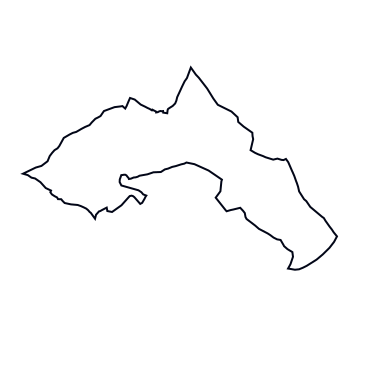 Funtua, Katsina, Nigeria, rotated 310°
{"feature_id": "59680162B95285688800937", "entity_name": "Funtua", "entity_type": "district", "adm_level": 2, "iso_a3": "NGA", "parent_name": "Nigeria", "parent_adm1": "Katsina", "projection": "mercator", "projection_center": [7.292, 11.431], "detail": "fine", "context": "isolated", "style": "outline", "palette": "ink", "viewbox_px": 384, "rotation_deg": 310, "n_neighbors": 0, "source": "geoboundaries", "source_scale": "gbopen_adm2", "svg_char_len": 2744}
<svg xmlns="http://www.w3.org/2000/svg" viewBox="0 0 384 384"><g transform="rotate(310 192 192)"><path d="M195.1,314.8L196.3,316.8L198.6,320.8L201.6,323.7L205.2,325.6L209.1,327.3L220.3,330.9L228.2,332.3L237.6,333.2L245.1,332.9L251.2,331.6L252.2,326.4L253.2,323.1L253.9,319.8L255.7,312.9L256.8,309.7L256.6,307.6L256.6,302.8L256.6,292.2L258.5,285.4L258.5,282.5L261.3,273.7L264.2,269.9L266.3,266.5L267.1,265.0L270.0,260.1L271.9,256.3L272.4,255.2L276.7,246.6L277.7,242.7L275.3,241.6L274.2,240.0L272.5,236.0L269.0,233.4L265.9,226.0L265.2,223.4L263.4,218.4L262.5,215.0L261.9,211.1L261.7,210.0L271.8,204.9L273.7,202.5L276.2,200.1L275.3,189.5L275.4,182.4L278.6,178.9L279.0,170.5L275.4,155.7L277.3,148.3L281.0,137.1L283.9,123.8L284.4,119.5L286.6,111.1L276.0,114.9L272.1,115.2L269.7,115.8L266.1,116.7L261.8,117.9L255.1,119.7L251.9,121.3L249.0,122.2L245.5,121.9L242.7,121.0L240.3,120.3L239.2,120.6L238.1,121.3L236.4,122.4L234.3,118.9L235.4,117.8L234.4,116.9L233.7,115.7L233.2,115.4L231.8,114.6L231.4,114.6L231.2,114.5L229.9,113.4L230.5,112.8L229.6,108.7L228.8,108.8L228.4,106.1L227.8,104.0L227.2,101.2L226.0,96.5L226.0,88.7L224.2,84.1L220.4,85.2L215.6,86.7L213.0,87.2L213.1,83.5L211.7,82.3L207.2,78.1L205.1,76.9L197.4,72.5L191.4,73.1L188.7,72.1L186.0,70.9L180.9,70.5L177.4,70.5L173.1,68.3L169.2,66.7L167.2,66.0L163.6,64.7L160.7,62.7L157.4,61.3L151.0,59.0L148.0,59.6L141.9,60.8L139.0,60.9L135.7,59.8L132.1,59.7L128.1,59.9L122.7,61.6L115.2,59.9L110.3,56.6L97.4,50.8L99.4,55.4L99.8,59.8L101.5,63.1L102.1,69.6L101.0,77.4L102.2,82.0L102.5,83.1L100.8,83.6L100.1,86.2L100.5,89.5L101.1,92.2L100.4,93.9L102.4,96.5L102.0,98.4L101.7,101.5L104.7,107.2L108.6,112.8L109.8,116.0L110.6,118.8L111.3,121.7L111.3,124.1L110.9,126.5L111.0,127.8L109.2,134.9L112.9,133.1L116.0,133.2L117.3,133.2L118.5,134.0L120.2,134.6L125.2,136.7L123.0,139.4L125.3,143.6L136.5,146.5L146.2,146.8L146.3,146.8L148.8,146.9L150.3,148.0L150.9,149.3L151.0,151.1L149.6,160.0L151.7,160.8L156.3,160.0L158.2,159.5L159.9,159.3L158.8,156.2L159.3,153.4L158.9,149.9L151.6,133.7L153.1,130.2L155.2,128.6L159.5,127.0L160.4,127.9L161.1,128.4L162.3,129.7L162.6,131.1L162.2,132.6L162.0,134.2L161.4,135.3L162.9,136.6L165.6,138.0L167.0,139.4L168.8,140.6L170.7,141.3L176.9,146.5L182.3,149.8L187.3,155.3L191.9,156.7L194.5,158.6L198.5,160.7L201.4,162.9L206.3,166.0L208.8,167.9L211.0,168.8L214.9,176.0L219.1,190.9L220.7,207.0L219.0,207.7L217.1,209.0L210.8,213.3L202.9,213.8L199.6,229.9L199.5,230.9L203.1,233.3L205.0,234.8L210.9,239.1L210.4,243.3L209.8,246.0L207.2,249.1L206.4,251.2L206.9,262.0L206.8,267.0L208.9,276.6L209.3,279.7L209.5,283.7L210.4,287.6L212.2,290.7L210.1,296.5L209.7,297.3L209.6,302.0L210.5,307.5L207.3,311.0L200.1,313.8L197.7,314.3L195.1,314.8Z" fill="none" stroke="#020617" stroke-width="2"/></g></svg>